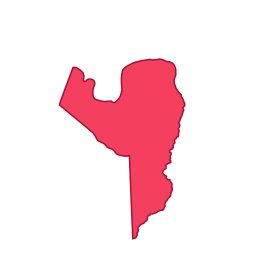 Petrolândia, Pernambuco, Brazil, rotated 133°
{"feature_id": "56859067B45714966424810", "entity_name": "Petrolândia", "entity_type": "district", "adm_level": 2, "iso_a3": "BRA", "parent_name": "Brazil", "parent_adm1": "Pernambuco", "projection": "albers", "projection_center": [-38.304, -8.913], "detail": "fine", "context": "isolated", "style": "filled", "palette": "rose", "viewbox_px": 256, "rotation_deg": 133, "n_neighbors": 0, "source": "geoboundaries", "source_scale": "gbopen_adm2", "svg_char_len": 2661}
<svg xmlns="http://www.w3.org/2000/svg" viewBox="0 0 256 256"><g transform="rotate(133 128 128)"><path d="M67.5,111.5L67.4,114.8L66.2,120.0L65.1,121.8L64.1,124.1L62.4,126.0L60.7,127.4L59.8,127.9L56.4,129.3L55.3,130.5L53.3,132.3L52.5,133.2L51.3,135.1L50.5,137.2L50.3,138.6L50.3,140.0L51.4,143.2L52.3,144.3L53.1,145.3L54.4,149.3L55.9,151.8L57.6,153.0L61.1,156.1L62.1,157.4L62.6,158.5L68.0,162.8L69.9,164.2L72.1,165.7L73.7,166.6L74.5,167.3L77.2,168.7L81.0,170.1L83.4,170.8L84.7,171.2L86.3,171.5L88.4,171.5L90.1,171.0L92.4,169.6L96.1,166.8L99.4,163.7L104.1,158.5L106.3,157.2L109.0,155.8L110.4,155.2L111.7,154.9L114.8,154.7L117.4,154.7L118.6,155.1L119.6,156.8L119.7,158.6L124.7,163.3L126.7,166.1L128.5,169.7L129.0,170.8L129.3,172.1L128.9,174.5L126.5,177.5L124.2,179.5L121.2,181.1L120.0,181.5L118.3,182.4L117.1,183.9L116.6,185.2L116.7,186.5L117.5,188.5L118.9,190.0L120.4,190.8L122.5,190.8L123.8,191.9L123.4,193.4L120.1,195.5L119.4,196.9L118.3,198.4L118.2,202.8L118.6,204.4L118.8,206.0L119.1,207.0L120.0,208.2L121.1,209.5L123.2,208.7L130.2,205.7L140.9,201.3L153.6,196.0L157.9,193.9L157.2,181.3L155.7,157.3L155.7,155.9L155.5,153.0L155.4,151.3L155.4,149.8L155.8,148.5L156.1,147.5L156.3,146.0L157.0,144.4L157.6,142.4L157.7,140.9L157.0,138.9L156.7,137.5L156.1,136.1L155.8,134.4L155.9,132.2L156.3,130.4L155.7,128.6L155.1,127.0L154.7,126.1L154.3,125.0L154.1,122.9L154.8,119.2L154.4,117.5L153.5,115.3L152.3,113.6L151.3,111.8L148.9,109.2L147.3,108.1L183.7,71.3L194.6,60.2L205.7,49.0L204.4,48.2L203.1,47.4L201.9,47.8L199.9,48.1L199.1,49.7L197.4,49.9L196.0,50.6L194.9,51.3L194.8,52.4L193.7,53.0L192.6,52.7L190.4,52.7L188.7,52.4L186.7,51.5L184.8,51.6L183.1,51.2L181.5,51.5L180.6,52.3L179.7,53.3L178.2,53.2L177.1,52.6L175.3,52.8L174.2,51.5L172.7,50.7L170.3,49.4L168.4,49.3L167.2,48.6L165.5,47.7L164.5,46.6L163.2,46.5L160.9,47.4L159.7,47.7L158.8,49.0L156.5,50.0L155.1,50.0L152.6,50.5L150.5,50.6L148.9,50.3L147.6,51.4L145.9,52.4L144.6,52.8L143.3,53.3L141.7,54.7L141.4,55.9L139.5,57.0L138.6,58.3L138.2,61.2L137.2,62.2L138.5,63.6L138.7,65.7L137.0,67.2L137.6,68.6L137.5,70.7L137.1,72.3L135.5,73.1L134.1,73.2L132.7,72.9L131.5,72.6L130.5,73.7L129.7,74.9L127.5,74.8L125.8,74.1L124.0,73.2L122.8,74.6L122.9,75.7L120.9,76.4L120.6,77.4L119.6,77.9L117.8,78.5L116.8,79.6L117.2,81.0L115.8,82.4L113.4,81.4L111.5,81.5L109.9,83.2L108.9,83.7L106.9,83.6L106.0,84.6L104.6,86.1L102.9,85.6L101.5,86.1L100.2,85.5L99.1,85.9L98.2,86.8L94.8,89.0L94.3,90.6L92.5,91.1L91.3,91.5L90.5,92.1L89.6,94.5L88.0,94.9L87.0,95.2L85.7,95.9L81.4,97.4L79.9,98.1L78.5,99.0L77.1,99.2L75.8,101.7L73.2,101.7L71.6,103.0L70.4,105.6L69.3,107.8L68.5,111.1L67.5,111.5Z" fill="#f43f5e" stroke="#9f1239" stroke-width="1.5"/></g></svg>